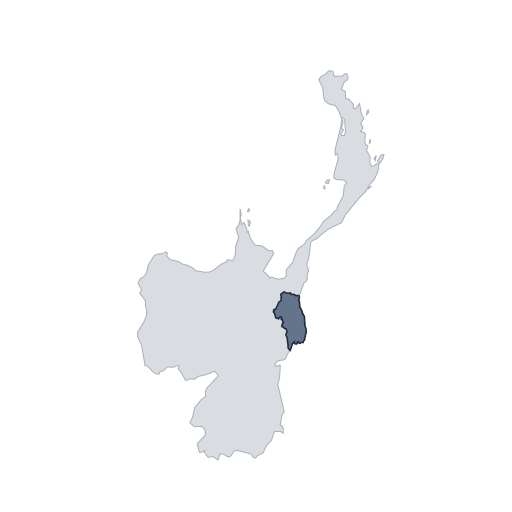 Kanchanaburi on a map of Thailand (Natural Earth projection), rotated 204°
{"feature_id": "THA-399", "entity_name": "Kanchanaburi", "entity_type": "Province", "adm_level": 1, "iso_a3": "THA", "parent_name": "Thailand", "parent_adm1": "", "projection": "natural_earth1", "projection_center": [99.171, 14.699], "detail": "fine", "context": "in_parent", "style": "filled", "palette": "slate", "viewbox_px": 512, "rotation_deg": 204, "n_neighbors": 0, "source": "natural_earth", "source_scale": "10m", "svg_char_len": 7828}
<svg xmlns="http://www.w3.org/2000/svg" viewBox="0 0 512 512"><g transform="rotate(204 256 256)"><path d="M223.2,55.5L223.6,57.5L225.5,54.9L227.8,53.6L232.5,59.3L233.0,61.8L229.7,71.0L230.2,74.0L232.4,76.6L235.0,78.0L237.8,77.6L242.9,75.0L248.7,76.7L248.3,82.8L250.4,92.5L247.7,102.3L244.9,107.2L247.0,111.5L247.2,115.5L241.7,130.9L242.8,132.0L246.3,133.7L247.8,133.2L253.5,127.1L259.9,122.4L261.9,118.5L266.0,117.1L269.6,113.6L277.9,119.8L280.1,120.4L281.2,121.4L281.6,124.0L282.7,124.4L286.1,120.9L291.8,118.6L294.0,113.3L296.7,111.7L296.4,109.1L297.2,108.1L301.9,107.9L309.0,110.7L311.5,111.3L312.7,110.6L324.0,127.7L331.4,134.2L333.2,138.7L331.6,150.1L331.8,156.7L333.4,161.7L336.5,165.1L338.8,170.1L347.3,174.8L346.6,176.1L347.2,179.2L352.4,182.8L352.9,184.0L352.3,188.6L349.9,192.1L349.4,195.0L349.5,198.5L350.8,203.9L349.2,215.0L346.1,218.1L342.1,220.3L339.9,223.3L338.2,222.6L337.4,219.5L332.9,217.8L324.3,219.4L319.9,218.7L314.2,219.7L308.5,219.3L305.2,218.0L295.8,220.4L291.8,222.6L289.0,225.8L284.8,233.9L280.5,238.9L280.5,241.0L275.2,242.2L275.5,249.2L278.6,256.7L279.5,266.2L285.5,272.9L284.4,277.6L285.1,282.1L289.8,292.7L286.4,287.7L285.8,284.3L281.8,279.0L280.5,281.6L275.8,277.6L273.8,273.8L273.2,275.5L268.5,270.0L263.9,267.0L261.2,265.6L254.7,267.6L246.3,266.1L243.1,267.5L241.8,266.6L240.9,264.9L243.3,245.2L236.0,242.7L234.8,241.5L233.2,242.9L226.1,243.8L221.0,247.4L220.4,250.4L222.7,255.8L219.8,265.6L220.8,274.8L220.4,279.9L216.8,286.3L215.9,291.5L211.9,299.4L209.2,309.3L208.5,315.1L203.8,323.9L202.7,328.9L200.9,330.8L201.6,334.8L200.8,346.9L203.9,355.7L203.0,359.8L206.4,361.2L214.2,358.4L216.8,359.1L218.4,364.0L220.4,378.4L223.8,382.8L224.6,380.6L226.1,382.9L227.3,387.2L231.4,409.9L233.6,415.8L231.1,414.3L229.7,407.2L227.4,406.9L228.2,402.4L226.8,400.7L224.5,402.0L224.5,405.6L230.7,416.9L234.6,417.2L239.5,422.2L244.8,425.8L251.5,424.5L256.2,425.7L258.9,428.8L263.3,436.5L270.5,442.8L269.4,446.8L266.6,450.1L265.1,454.3L263.2,455.6L260.5,455.6L257.6,452.0L250.5,455.3L248.9,458.6L247.1,459.5L244.0,455.8L244.3,453.7L246.2,450.7L245.7,442.8L241.4,442.8L238.6,436.9L237.7,436.3L235.6,437.2L228.9,434.4L226.9,430.7L224.9,431.0L223.5,437.4L217.6,428.9L213.5,425.4L214.1,419.1L211.3,417.8L210.1,416.0L211.2,412.3L207.3,412.8L205.5,411.8L203.3,405.0L201.4,402.3L198.9,402.3L198.1,401.0L198.3,397.6L192.0,392.9L190.0,387.5L187.1,385.1L185.2,385.8L183.3,389.7L181.9,389.4L180.6,388.3L179.0,382.9L179.1,373.5L181.1,367.9L182.2,359.1L185.1,351.6L191.1,329.9L191.3,321.4L201.5,309.2L208.3,295.3L210.6,293.2L211.6,290.6L208.0,279.4L206.3,271.6L206.6,269.5L202.2,264.2L201.1,258.2L200.0,256.2L199.6,254.2L201.2,250.7L200.3,237.4L195.5,228.2L187.0,219.7L179.4,207.1L178.3,202.7L178.1,196.4L184.2,192.2L186.7,191.9L187.5,173.1L192.8,169.5L193.9,168.0L194.5,164.8L193.2,163.0L189.8,166.1L189.1,165.4L184.9,154.3L183.9,147.6L166.8,125.0L167.6,121.2L165.1,111.4L162.6,111.2L160.9,109.5L159.1,105.1L162.4,105.7L167.8,103.2L166.9,93.7L169.2,88.2L169.5,79.1L173.6,73.8L174.2,71.2L176.4,70.8L179.4,72.8L182.5,72.8L195.2,70.5L196.8,68.1L197.6,63.1L198.8,61.5L201.7,61.1L205.0,62.1L208.4,60.1L207.8,54.2L213.9,55.3L217.8,52.5L223.2,55.5ZM183.7,392.2L182.8,399.3L180.4,400.7L179.6,396.6L181.0,390.0L181.7,391.5L183.7,392.2ZM222.3,351.0L221.9,354.4L219.8,355.5L219.2,351.7L222.3,351.0ZM275.3,280.7L277.9,285.6L274.9,285.1L274.3,280.4L275.3,280.7ZM212.7,435.2L211.4,433.1L212.5,429.9L213.6,433.8L212.7,435.2ZM187.7,393.0L187.1,396.8L185.9,391.6L187.7,393.0ZM222.4,347.9L221.3,347.5L220.3,345.3L221.7,345.3L222.4,347.9ZM198.1,404.5L199.5,409.1L197.9,407.0L198.1,404.5ZM282.1,293.5L281.7,296.4L280.4,295.2L281.2,293.1L282.1,293.5ZM180.8,364.9L179.3,366.0L180.5,363.3L180.8,364.9Z" fill="#d9dde1" stroke="#a8b0b8" stroke-width="1"/><path d="M186.1,193.1L186.7,192.3L187.0,191.0L186.9,189.6L186.4,185.5L186.4,183.9L186.4,183.5L187.1,183.8L187.3,183.9L187.9,184.4L188.0,184.5L188.3,184.5L188.7,184.8L188.8,184.8L189.0,184.8L189.2,185.0L190.7,187.8L190.8,188.0L190.7,188.2L190.6,188.3L190.6,188.5L191.5,189.1L191.6,189.3L191.7,189.5L191.8,190.0L192.0,190.3L192.2,190.5L192.4,190.6L192.5,190.8L193.2,192.1L194.1,193.4L194.3,193.9L194.5,194.3L194.6,194.5L195.2,194.8L195.6,195.1L196.6,196.0L196.7,196.7L196.8,197.2L196.8,197.5L196.8,197.8L196.9,198.0L196.9,198.3L196.8,198.6L196.9,199.2L196.9,199.4L197.0,199.8L198.4,201.1L198.5,201.2L198.6,201.4L198.7,201.5L198.8,201.7L199.0,201.7L199.4,201.7L200.0,201.5L200.1,201.4L200.4,201.5L200.8,201.7L201.0,201.8L201.2,201.7L201.3,201.7L201.5,201.7L201.6,201.8L202.0,201.9L202.4,202.0L202.5,202.1L202.9,202.2L203.6,202.0L203.8,202.3L204.0,202.5L204.2,203.4L204.3,203.6L204.3,203.8L204.3,204.5L204.3,204.9L204.3,205.0L204.2,205.1L204.0,205.3L203.9,205.4L203.8,205.5L203.7,205.7L203.7,205.8L203.7,206.0L203.8,206.3L203.9,206.5L204.1,206.7L204.3,206.6L204.5,206.5L205.6,208.0L205.9,208.3L206.1,208.5L206.2,208.4L206.6,208.2L206.8,208.2L207.1,208.3L207.4,208.5L207.5,208.8L207.5,209.1L207.5,209.4L207.3,209.5L207.4,209.9L207.9,210.6L208.0,210.6L208.4,210.4L208.8,210.4L209.0,210.2L209.2,209.8L209.3,209.8L209.4,209.7L209.5,209.6L209.6,209.4L209.6,209.2L209.6,208.8L209.7,208.7L209.8,208.4L209.7,207.9L209.8,207.8L209.8,207.7L210.0,207.7L210.2,207.8L210.3,207.9L210.5,207.8L210.9,207.9L211.1,208.0L211.2,207.9L211.3,207.9L211.5,207.8L211.6,207.7L211.8,207.5L212.0,207.4L212.5,207.5L212.8,207.6L213.0,207.7L214.4,209.6L215.1,210.2L215.1,210.3L215.4,210.8L215.5,210.9L215.6,211.0L216.3,211.4L216.7,211.4L216.9,211.5L217.0,211.6L217.4,212.0L217.5,212.1L217.4,212.4L217.3,212.5L217.2,212.6L217.0,212.8L217.0,213.1L217.5,213.5L217.8,213.8L217.9,214.0L218.0,214.0L217.9,214.4L217.8,214.5L217.0,215.0L216.6,215.1L216.5,215.3L216.3,220.3L216.4,221.4L216.4,222.4L216.4,222.7L216.3,223.3L216.2,223.6L216.1,223.8L215.1,224.9L215.1,225.0L215.2,226.7L215.3,226.8L215.5,226.9L216.0,227.3L216.1,227.9L216.1,228.2L216.1,228.6L216.1,228.8L216.4,229.3L216.5,229.5L216.8,229.7L217.0,229.8L217.2,230.4L217.3,230.5L217.7,230.8L217.8,231.1L217.5,231.3L217.4,231.4L217.0,232.8L216.8,233.2L216.6,233.3L216.4,233.4L216.4,233.5L216.0,234.4L215.9,234.6L215.4,234.7L215.0,234.7L214.9,234.7L214.6,234.6L213.8,234.6L213.3,234.5L213.2,234.5L212.9,234.5L211.6,235.2L211.1,235.2L210.9,235.3L210.7,235.3L210.5,235.5L210.4,235.7L210.0,236.2L209.8,236.3L209.7,236.3L209.2,236.1L208.8,235.9L208.7,235.8L208.6,235.6L208.4,235.3L208.4,235.2L208.2,235.1L207.6,235.6L205.4,236.4L205.1,236.5L204.8,236.4L204.7,236.3L204.5,236.2L204.4,236.1L204.2,236.0L204.1,235.9L204.0,236.0L203.8,236.0L203.7,236.1L203.2,236.0L202.9,236.0L202.7,236.3L202.5,236.5L202.3,236.7L201.9,237.0L201.7,237.0L201.2,237.1L200.5,237.2L200.4,236.9L199.6,236.1L199.4,235.7L199.2,234.3L199.2,233.9L199.2,233.5L199.2,233.3L199.2,233.1L199.1,232.9L198.6,232.7L198.4,232.5L198.3,232.1L198.2,231.9L197.4,231.3L197.2,231.0L197.0,230.4L196.7,229.8L196.0,228.8L195.8,228.3L195.8,227.7L195.5,227.2L195.1,226.9L194.6,226.7L194.1,226.5L191.3,224.1L190.7,223.4L190.2,222.1L189.7,222.2L189.3,222.2L189.2,222.1L188.9,221.6L188.7,221.4L188.2,221.2L187.7,220.9L187.5,220.7L186.4,219.2L184.8,215.4L184.5,215.2L184.2,215.0L184.0,214.6L183.9,214.0L183.7,213.4L183.4,212.8L180.6,209.7L179.3,207.4L179.1,206.9L179.2,206.5L179.2,206.3L179.1,206.2L178.9,205.9L178.8,205.2L178.8,204.2L178.6,203.6L178.2,202.7L178.1,202.4L178.1,202.2L178.2,201.7L178.3,201.5L178.4,201.2L178.3,200.6L177.5,199.8L177.4,199.1L177.5,198.6L178.0,197.6L178.1,197.1L177.9,196.7L177.8,196.3L177.8,196.0L178.5,196.0L179.1,195.8L179.4,195.4L180.2,194.1L180.5,194.0L181.1,194.1L181.5,194.3L182.3,194.8L182.6,195.0L182.8,194.9L182.9,194.7L182.9,194.3L182.8,194.2L182.7,194.0L182.5,193.9L182.5,193.7L182.8,193.3L183.0,193.2L183.0,192.9L182.9,192.5L182.9,192.2L183.1,192.1L183.9,191.9L184.3,191.8L184.7,191.5L185.2,191.7L185.7,192.0L186.1,192.5L186.1,193.1Z" fill="#64748b" stroke="#1e293b" stroke-width="1.5"/></g></svg>